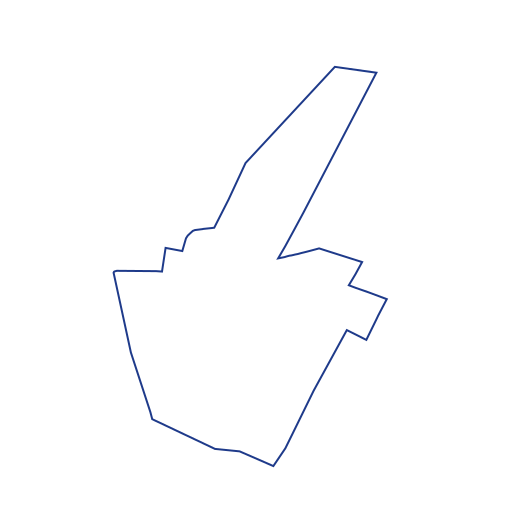 outline of Gwanda Urban, Matabeleland South, Zimbabwe, rotated 101°
{"feature_id": "62879985B63510140227201", "entity_name": "Gwanda Urban", "entity_type": "district", "adm_level": 2, "iso_a3": "ZWE", "parent_name": "Zimbabwe", "parent_adm1": "Matabeleland South", "projection": "natural_earth1", "projection_center": [28.998, -20.935], "detail": "fine", "context": "isolated", "style": "outline", "palette": "blue", "viewbox_px": 512, "rotation_deg": 101, "n_neighbors": 0, "source": "geoboundaries", "source_scale": "gbopen_adm2", "svg_char_len": 884}
<svg xmlns="http://www.w3.org/2000/svg" viewBox="0 0 512 512"><g transform="rotate(101 256 256)"><path d="M270.2,138.5L268.3,151.7L267.8,154.7L267.0,159.3L254.9,154.9L241.7,150.7L236.5,195.5L240.8,204.3L242.9,208.7L244.4,212.0L246.1,215.4L247.1,217.9L247.9,219.6L248.7,221.4L249.3,223.2L250.4,225.5L251.6,227.7L254.1,233.8L240.9,229.2L223.2,223.6L204.6,217.8L53.1,172.8L55.3,214.7L166.7,284.0L205.8,293.7L236.2,302.4L237.0,304.8L239.5,313.0L239.8,313.6L242.2,320.9L243.4,322.8L246.2,324.9L249.0,326.9L252.0,328.1L265.2,329.3L265.3,346.3L289.2,345.3L289.9,351.0L297.1,389.8L298.1,391.8L298.5,392.3L299.6,392.6L374.6,360.4L429.4,329.9L436.0,326.7L453.1,259.8L453.2,259.6L450.9,234.8L458.9,198.9L444.6,192.8L439.2,190.5L423.8,186.3L377.2,173.7L311.7,152.8L311.4,152.7L317.3,131.7L295.5,125.8L291.2,124.7L273.4,119.4L270.2,138.5Z" fill="none" stroke="#1e3a8a" stroke-width="2"/></g></svg>